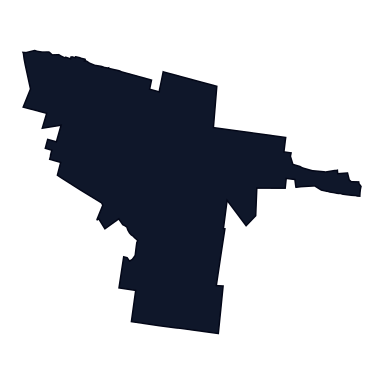 Segarcea, Dolj, Romania
{"feature_id": "2599482B73363688740019", "entity_name": "Segarcea", "entity_type": "district", "adm_level": 2, "iso_a3": "ROU", "parent_name": "Romania", "parent_adm1": "Dolj", "projection": "albers", "projection_center": [23.75, 44.087], "detail": "fine", "context": "isolated", "style": "filled", "palette": "ink", "viewbox_px": 384, "rotation_deg": 0, "n_neighbors": 0, "source": "geoboundaries", "source_scale": "gbopen_adm2", "svg_char_len": 2005}
<svg xmlns="http://www.w3.org/2000/svg" viewBox="0 0 384 384"><path d="M218.3,333.5L220.7,310.1L223.1,286.0L216.3,285.6L220.6,256.8L224.9,228.8L223.4,228.7L227.1,200.3L246.1,225.7L255.7,215.7L256.8,188.1L285.2,188.2L286.2,178.4L294.9,179.5L295.9,187.2L296.0,187.3L300.7,186.7L307.5,186.3L314.7,185.9L318.8,188.5L321.4,190.1L325.2,190.9L326.8,191.3L327.7,191.3L329.7,192.0L333.9,192.6L337.1,193.3L338.8,193.5L340.3,193.4L342.8,194.2L347.6,194.8L351.7,195.3L356.2,195.6L357.0,196.0L359.8,196.2L360.0,192.7L360.4,189.2L361.0,186.4L359.0,183.7L358.7,181.9L351.2,181.7L349.2,179.9L347.5,173.0L337.7,173.7L337.4,170.2L336.3,170.5L335.6,170.5L334.7,170.5L325.0,172.1L324.4,171.8L312.3,170.7L304.1,168.4L302.0,167.7L300.0,166.5L292.9,164.4L292.8,164.2L290.4,156.3L291.1,152.9L283.9,151.9L285.1,142.1L285.1,141.9L285.7,137.5L281.3,136.9L213.4,127.6L216.8,86.3L163.4,71.9L163.2,71.8L161.2,81.8L159.5,89.9L159.3,91.9L149.6,89.2L151.5,80.1L121.4,71.8L119.6,70.9L107.9,68.2L108.1,67.9L107.6,68.0L102.5,67.1L102.0,67.1L102.4,66.7L101.0,66.3L96.1,65.5L95.0,65.4L89.4,63.1L88.1,62.2L87.3,61.6L85.9,60.9L85.1,61.3L84.4,61.0L84.9,60.4L85.2,59.5L85.0,59.2L81.1,58.3L79.8,57.7L76.3,56.9L75.5,56.8L75.1,57.8L72.3,56.9L71.0,57.0L70.6,58.9L65.7,57.2L65.3,57.6L64.4,57.7L60.7,55.9L58.8,54.7L52.2,54.9L49.5,52.4L48.8,52.0L42.3,52.1L37.1,51.3L34.7,50.5L26.1,52.6L23.0,52.4L23.4,53.3L24.1,58.8L25.2,64.6L30.5,89.0L23.2,107.1L46.7,113.3L42.3,128.2L61.1,125.2L56.4,141.8L47.7,139.4L45.3,148.3L51.8,150.2L50.6,154.8L50.9,154.8L49.7,159.3L60.7,162.4L57.4,175.2L61.3,177.8L80.0,189.7L101.6,202.9L102.8,205.2L97.0,219.5L97.2,219.8L98.8,218.9L104.9,228.8L118.8,218.8L118.9,219.1L122.8,224.7L124.7,225.6L126.9,227.1L127.8,229.9L129.5,232.9L131.3,234.9L133.0,236.0L134.5,237.6L137.8,240.5L136.8,242.6L136.0,248.6L135.2,255.4L133.1,258.4L132.2,259.5L129.5,261.1L127.1,257.7L123.7,256.8L120.6,277.3L119.0,287.9L135.7,290.4L131.4,321.6L159.1,325.7L176.7,328.0L178.7,328.1L218.3,333.5Z" fill="#0f172a" stroke="#020617" stroke-width="1.5"/></svg>